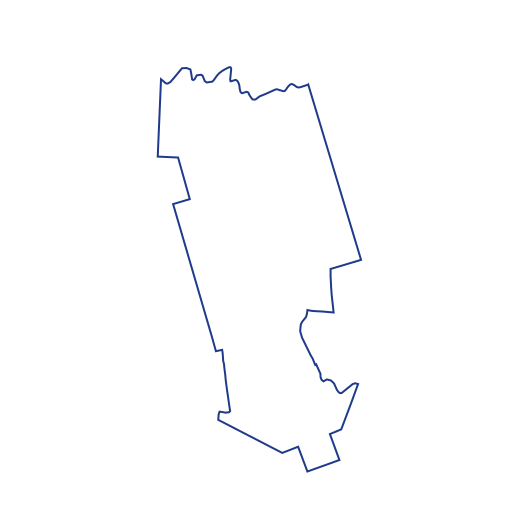 outline of Tiganesti, Teleorman, Romania, rotated 113°
{"feature_id": "2599482B47763495290999", "entity_name": "Tiganesti", "entity_type": "district", "adm_level": 2, "iso_a3": "ROU", "parent_name": "Romania", "parent_adm1": "Teleorman", "projection": "mercator", "projection_center": [25.313, 43.885], "detail": "fine", "context": "isolated", "style": "outline", "palette": "blue", "viewbox_px": 512, "rotation_deg": 113, "n_neighbors": 0, "source": "geoboundaries", "source_scale": "gbopen_adm2", "svg_char_len": 1958}
<svg xmlns="http://www.w3.org/2000/svg" viewBox="0 0 512 512"><g transform="rotate(113 256 256)"><path d="M130.4,412.5L202.9,385.3L195.8,366.2L229.5,339.2L240.6,352.6L348.0,264.7L359.3,255.7L355.6,250.5L358.9,248.5L365.4,245.2L368.3,243.0L370.0,242.2L377.2,238.0L382.2,235.3L388.0,231.9L389.7,230.9L396.1,227.0L407.2,220.3L408.9,219.2L409.7,219.6L410.4,219.8L411.5,221.8L412.2,223.0L412.8,226.2L413.4,228.1L413.5,228.7L416.4,228.5L421.6,226.7L427.0,154.9L415.1,142.7L434.3,124.5L411.2,99.5L391.0,118.4L382.3,109.8L367.5,110.4L355.4,110.9L334.0,112.0L334.4,115.0L336.2,117.0L348.6,123.6L349.4,125.0L349.0,126.9L347.6,129.2L342.8,134.4L341.3,138.4L341.9,142.5L345.0,144.9L344.4,147.2L342.2,149.3L339.2,150.7L332.2,158.3L333.1,158.9L328.2,163.9L326.1,166.8L313.2,181.7L307.9,186.0L301.6,188.0L298.5,187.8L292.5,186.1L289.6,186.5L285.6,187.5L284.9,183.9L284.0,181.0L281.1,173.0L277.7,162.5L271.9,165.7L262.7,170.9L255.3,174.7L251.1,176.7L246.0,179.2L238.8,182.3L218.5,157.8L78.5,274.3L77.7,274.9L77.9,275.0L79.6,276.9L80.9,278.4L83.3,281.1L84.4,283.1L84.5,284.6L83.8,287.5L83.6,290.1L84.4,291.2L85.8,292.0L88.3,292.9L91.0,293.4L92.6,293.9L93.4,294.7L93.7,295.6L93.8,297.1L94.1,299.1L94.2,301.4L95.0,303.0L103.2,310.6L107.6,315.0L112.1,317.6L112.6,318.5L113.1,319.8L113.1,320.7L111.6,323.2L110.0,325.5L109.7,325.9L109.2,326.2L108.6,326.8L108.5,327.5L108.5,328.8L111.6,332.4L111.6,333.1L111.0,334.4L108.5,336.3L105.5,338.0L103.8,339.4L102.2,341.4L101.8,343.0L101.8,343.5L104.7,347.0L105.1,347.7L104.0,348.6L99.0,350.2L95.7,351.2L93.6,351.9L92.8,352.4L92.3,353.0L92.3,353.5L92.4,354.0L93.5,355.2L96.3,357.5L98.8,359.4L102.3,361.4L105.3,362.4L108.0,363.0L110.9,363.7L112.6,364.4L115.5,369.1L115.1,371.4L110.9,375.6L110.6,377.3L112.8,381.1L117.4,381.6L118.6,382.6L118.4,383.8L112.9,387.2L109.9,389.3L110.1,393.4L111.1,395.4L112.1,397.5L124.5,401.2L129.3,402.8L131.8,404.7L132.3,406.5L131.3,409.5L130.4,412.5Z" fill="none" stroke="#1e3a8a" stroke-width="2"/></g></svg>